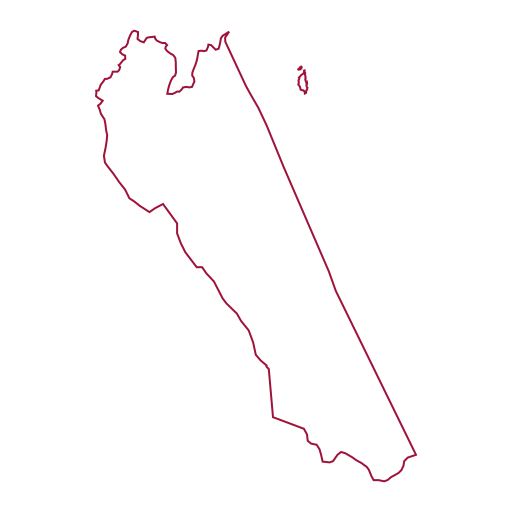 outline of Marang, Terengganu, Malaysia
{"feature_id": "92858781B50781472629025", "entity_name": "Marang", "entity_type": "district", "adm_level": 2, "iso_a3": "MYS", "parent_name": "Malaysia", "parent_adm1": "Terengganu", "projection": "natural_earth1", "projection_center": [103.214, 5.06], "detail": "fine", "context": "isolated", "style": "outline", "palette": "rose", "viewbox_px": 512, "rotation_deg": 0, "n_neighbors": 0, "source": "geoboundaries", "source_scale": "gbopen_adm2", "svg_char_len": 3911}
<svg xmlns="http://www.w3.org/2000/svg" viewBox="0 0 512 512"><path d="M266.4,366.5L268.8,369.1L273.0,417.2L303.9,428.8L307.0,434.4L307.7,440.8L311.1,443.6L316.7,444.8L319.5,449.2L321.2,455.2L322.6,461.6L329.5,462.4L333.0,461.2L337.5,454.8L341.0,452.0L345.2,453.2L352.1,457.2L356.6,460.4L361.1,462.8L366.7,466.9L368.8,469.7L371.6,476.5L373.6,480.1L378.5,480.1L384.1,481.3L387.5,480.1L391.4,476.9L394.5,475.3L398.6,472.9L401.4,470.1L403.5,465.7L404.2,461.2L407.7,457.6L416.0,454.8L335.8,290.9L328.8,271.3L283.7,167.1L266.8,125.8L258.4,107.9L254.4,101.0L251.1,95.3L246.0,86.1L225.3,41.7L225.1,37.6L229.1,31.7L222.6,35.8L220.9,38.2L220.2,42.5L219.5,45.6L218.6,48.7L215.7,49.7L211.1,45.1L208.4,44.6L208.0,46.9L206.4,50.5L203.8,51.2L202.0,50.7L198.6,51.0L198.0,54.0L197.3,58.1L196.6,61.2L195.3,65.1L193.8,68.7L192.4,72.5L192.2,75.6L193.8,77.9L194.4,81.5L192.9,84.8L192.0,86.9L189.5,87.4L186.2,86.9L183.1,87.4L181.3,89.9L179.3,91.7L177.3,91.5L174.9,92.8L172.4,94.0L167.3,93.8L168.0,89.9L169.1,85.6L170.9,80.7L172.9,77.1L175.1,75.6L176.0,72.5L175.8,66.4L175.8,62.5L175.3,57.9L173.3,55.1L170.0,53.3L167.1,51.0L165.3,48.7L165.8,46.6L167.1,45.1L165.1,43.0L162.4,43.0L160.2,42.3L156.7,40.5L155.1,38.4L154.7,36.6L148.4,37.4L146.7,37.9L143.8,42.3L140.4,41.2L137.5,38.9L138.0,34.8L138.0,32.0L134.2,30.7L132.0,32.0L130.2,35.3L128.4,39.7L127.6,43.5L125.8,46.6L122.9,47.9L120.9,49.7L120.0,52.0L122.2,54.3L125.1,55.6L125.3,58.9L123.1,60.2L120.9,63.0L119.3,64.8L118.7,65.1L120.2,67.1L119.1,70.2L117.6,71.7L112.7,71.7L112.0,74.3L110.4,77.4L106.9,78.9L104.9,78.9L103.3,81.5L100.7,84.8L98.7,90.4L96.2,90.7L96.4,92.5L96.0,96.1L98.4,98.1L102.7,100.7L100.4,103.8L98.0,105.6L99.8,109.9L100.9,113.8L102.4,116.1L104.4,119.2L105.3,123.5L106.2,130.7L107.2,135.1L106.6,141.4L105.5,148.2L103.9,155.8L105.0,162.6L107.7,166.4L113.1,173.3L119.1,182.0L125.1,189.6L129.4,198.3L134.3,201.5L139.7,205.8L149.5,212.1L154.9,208.3L163.0,204.0L177.1,223.4L177.1,233.4L180.9,243.4L185.3,252.2L196.7,267.2L202.1,267.2L206.4,273.4L214.0,281.6L222.7,298.5L226.5,303.5L236.8,313.5L241.1,321.0L248.7,330.4L253.1,342.3L255.8,354.8L260.7,360.5L266.6,365.5L266.4,366.5ZM306.1,82.2L306.1,81.9L305.9,81.5L305.7,80.9L305.5,80.4L305.4,80.0L305.2,79.4L305.6,78.8L305.7,78.4L305.7,78.0L305.4,77.5L305.3,77.1L305.5,76.6L305.4,76.0L305.2,75.4L305.1,75.1L305.0,74.8L305.1,74.5L305.1,74.1L305.0,73.8L305.0,73.4L305.2,73.0L305.0,72.6L304.8,72.4L304.6,72.0L304.6,70.9L304.6,70.4L304.1,70.5L304.0,72.2L303.8,72.7L303.6,73.2L303.3,73.6L302.9,73.9L302.5,74.2L302.2,74.4L301.7,74.7L301.2,75.0L300.7,75.7L300.5,76.0L300.0,76.5L299.4,77.1L298.9,77.5L299.1,77.9L299.3,78.0L299.3,78.4L299.3,78.8L299.1,79.2L298.8,79.7L298.5,80.1L298.5,80.5L298.7,80.9L298.6,81.4L298.6,81.7L298.8,82.1L298.8,82.4L298.8,83.2L298.5,83.6L298.4,83.9L298.3,84.4L298.4,84.8L298.7,85.2L299.1,85.4L299.4,85.9L299.8,86.6L300.1,87.3L300.2,88.0L300.4,88.3L300.5,88.6L300.5,89.2L300.6,89.6L301.6,90.2L302.6,90.2L303.1,90.3L303.4,90.4L303.7,90.6L304.0,90.9L304.1,91.2L304.3,91.6L304.5,91.8L304.7,92.2L304.9,92.4L304.9,93.2L304.9,93.5L305.6,93.2L306.1,92.7L306.2,92.3L306.2,91.7L306.2,91.1L306.2,90.6L306.7,90.0L307.0,89.8L307.2,89.3L307.1,88.8L307.2,88.3L307.4,87.7L307.1,87.4L306.8,86.9L306.6,86.4L306.7,85.8L306.5,85.4L306.5,84.4L306.8,84.1L307.1,83.8L307.1,83.4L306.9,82.1L306.6,82.4L306.2,82.5L306.1,82.2ZM301.7,67.3L301.7,67.2L301.6,66.9L301.4,66.7L301.2,66.6L301.1,66.8L301.1,67.0L300.9,67.2L300.8,67.3L300.2,67.3L299.9,67.4L299.8,67.5L299.7,67.6L299.7,67.8L299.6,68.0L299.5,68.3L299.5,68.5L299.4,68.8L299.1,69.1L298.9,68.9L298.7,68.9L298.4,69.0L298.2,69.2L298.2,69.3L298.4,69.6L298.6,69.5L298.9,69.4L299.0,69.3L299.5,69.4L299.7,69.5L299.8,69.5L299.9,69.4L300.1,69.4L300.1,69.2L300.0,68.9L300.0,68.7L300.2,68.4L300.3,68.5L300.5,68.5L300.8,68.5L301.0,68.5L301.3,68.5L301.3,68.3L301.3,68.2L301.3,67.9L301.2,67.8L301.2,67.7L301.3,67.5L301.5,67.4L301.7,67.3Z" fill="none" stroke="#9f1239" stroke-width="2"/></svg>